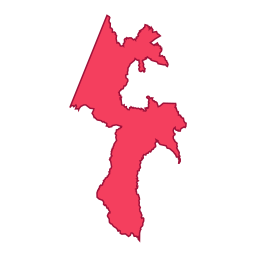 Itaituba, Pará, Brazil (Natural Earth projection)
{"feature_id": "56859067B66387525503702", "entity_name": "Itaituba", "entity_type": "district", "adm_level": 2, "iso_a3": "BRA", "parent_name": "Brazil", "parent_adm1": "Pará", "projection": "natural_earth1", "projection_center": [-56.242, -6.032], "detail": "fine", "context": "isolated", "style": "filled", "palette": "rose", "viewbox_px": 256, "rotation_deg": 0, "n_neighbors": 0, "source": "geoboundaries", "source_scale": "gbopen_adm2", "svg_char_len": 5910}
<svg xmlns="http://www.w3.org/2000/svg" viewBox="0 0 256 256"><path d="M69.9,107.5L71.6,105.5L73.2,105.7L73.8,106.7L75.9,105.0L76.5,106.2L75.5,108.9L78.2,108.7L78.6,109.9L79.0,108.7L80.8,106.4L83.8,104.9L85.8,104.9L90.2,108.3L93.8,108.7L93.6,110.2L92.1,113.3L93.3,115.0L94.2,117.6L94.8,117.5L97.2,119.9L101.2,120.7L102.5,122.0L103.9,121.6L104.3,122.4L106.6,123.3L106.9,123.8L106.4,126.0L107.5,126.0L108.7,127.1L109.5,127.1L111.8,126.6L112.2,125.6L116.3,124.8L121.6,126.4L121.4,127.4L120.5,127.4L119.8,128.6L119.0,128.5L118.0,129.6L116.5,129.9L116.3,131.8L115.3,133.1L115.3,134.0L116.4,135.3L115.8,137.1L116.6,140.4L114.0,144.2L113.9,145.7L113.3,146.2L113.0,148.2L112.3,148.4L112.5,149.1L111.7,150.0L112.0,150.7L111.3,151.5L111.6,152.1L111.1,154.3L111.9,155.8L111.4,155.9L110.7,158.1L109.9,158.2L110.2,159.3L109.6,159.7L110.7,161.3L111.6,166.8L110.9,168.6L109.9,169.1L109.7,171.9L109.0,172.0L109.6,173.2L109.5,173.8L109.0,174.0L108.0,176.2L107.4,176.2L107.3,177.2L105.4,178.1L105.1,179.2L103.5,180.7L104.0,181.3L102.7,183.4L102.5,184.8L101.3,185.4L100.8,185.1L99.6,186.3L99.6,187.5L98.7,188.7L98.8,189.4L97.9,190.1L97.0,192.9L97.1,197.2L99.1,199.0L102.6,200.3L103.7,202.1L103.6,204.5L104.8,205.4L105.2,204.9L105.8,205.1L107.1,208.2L108.1,208.1L108.4,209.4L110.0,212.0L109.8,213.0L108.7,212.9L107.5,215.5L107.6,216.4L109.2,218.8L109.4,222.2L110.5,223.6L111.8,224.0L113.5,226.3L116.3,228.1L117.5,229.6L117.8,230.9L118.4,231.1L119.0,230.4L120.1,230.9L120.3,233.3L121.9,234.1L125.5,233.9L128.6,236.4L130.3,235.2L131.1,233.0L132.2,233.0L133.3,234.0L134.2,236.3L136.2,236.2L137.0,237.1L137.9,236.6L138.2,239.1L139.5,240.6L139.6,232.9L140.2,230.3L140.9,229.3L140.5,228.5L140.8,227.5L142.5,225.8L142.8,224.9L142.8,223.1L143.7,221.0L143.7,218.4L143.0,217.8L141.8,218.3L141.3,217.5L141.9,215.2L140.9,213.0L141.0,212.5L140.0,211.5L139.6,209.0L140.3,207.6L139.0,205.0L139.3,202.7L138.9,200.4L139.5,199.3L139.2,197.2L138.7,196.8L138.8,196.0L138.2,194.5L137.5,194.6L136.7,193.9L136.4,191.4L136.0,191.1L136.3,189.6L135.7,189.1L137.3,188.2L137.7,186.8L137.7,186.3L136.9,186.7L136.6,186.0L137.4,183.7L136.6,182.5L137.0,181.5L138.2,180.8L137.2,180.1L137.4,179.4L136.9,178.9L137.5,178.8L137.5,177.7L136.6,176.0L137.7,173.7L137.5,171.1L139.2,170.6L139.2,169.1L140.4,167.7L139.8,164.5L140.8,162.9L140.1,160.7L141.5,160.5L142.0,158.4L142.5,159.0L143.3,157.9L143.0,156.0L143.8,154.6L145.8,155.0L146.3,153.5L148.2,153.1L148.3,152.5L149.6,151.4L150.6,151.9L152.1,149.4L153.1,149.3L154.2,147.6L155.5,146.8L155.7,146.1L155.1,143.2L156.0,142.0L156.8,141.8L156.1,139.7L158.0,140.8L157.9,141.8L160.1,144.4L166.1,145.8L167.2,148.1L169.6,148.6L173.5,151.9L174.8,153.9L175.4,154.1L176.5,157.0L178.3,156.9L178.6,159.1L179.2,159.4L178.7,163.2L179.1,163.2L180.2,161.3L180.2,159.0L179.3,157.9L179.9,156.2L179.0,155.1L179.2,152.5L176.6,147.9L177.3,146.5L176.7,144.9L177.1,143.3L174.7,141.3L174.6,140.2L173.8,139.8L173.3,138.3L173.2,136.4L174.3,134.9L174.9,134.7L175.0,133.9L173.7,132.8L173.2,130.5L173.9,128.4L175.1,127.4L175.3,129.2L176.2,130.2L178.1,130.3L178.0,130.9L178.9,131.1L180.3,131.0L180.5,129.3L181.6,128.3L184.1,126.9L185.1,127.5L185.8,126.5L186.1,123.2L185.0,122.8L183.9,121.1L183.4,118.2L182.4,118.2L181.2,116.7L180.6,116.7L180.5,115.4L178.6,115.1L178.8,114.4L178.3,113.8L178.3,112.1L178.0,112.3L177.2,111.4L176.2,108.5L175.5,107.7L176.0,107.7L175.3,106.0L175.9,105.2L175.6,103.5L163.3,103.2L160.1,105.9L158.2,106.7L157.0,102.8L155.7,101.7L154.8,101.9L154.1,100.8L153.3,100.9L152.5,99.9L152.2,98.8L152.7,98.0L151.3,97.9L150.3,98.4L148.9,96.5L148.0,96.2L146.8,96.9L146.7,97.6L148.3,98.6L149.1,99.9L148.5,101.6L148.6,102.9L149.1,103.1L148.4,104.3L148.7,106.8L147.7,107.5L147.9,107.8L146.7,107.8L147.0,108.3L145.1,108.3L146.2,110.2L145.7,111.0L143.5,110.8L143.8,109.9L141.2,108.4L140.8,109.5L138.2,108.2L137.0,108.6L135.3,107.9L133.1,108.1L133.1,107.5L131.8,107.6L131.0,106.8L130.4,107.8L129.7,107.7L129.2,109.7L127.7,109.5L126.2,107.6L126.3,106.7L124.8,107.0L124.1,106.1L124.1,104.9L123.4,105.3L121.7,104.8L121.1,99.5L120.3,99.6L120.1,97.9L121.4,97.8L121.5,97.2L120.9,97.2L120.6,95.3L119.5,95.3L119.3,92.9L118.8,92.6L119.8,90.9L120.8,90.4L120.8,89.5L123.2,88.7L124.1,85.9L125.3,85.9L126.4,84.6L126.7,83.1L127.9,81.0L127.7,79.3L126.0,77.8L125.7,75.4L126.2,74.7L127.6,74.4L127.4,71.8L127.9,70.9L128.0,67.9L129.5,65.7L130.1,64.0L134.5,60.3L135.1,58.5L137.2,60.2L138.9,60.2L139.2,62.9L139.6,63.6L138.7,65.4L139.7,67.1L138.8,68.9L139.5,71.0L140.9,71.6L142.7,70.5L143.5,70.9L143.7,71.8L144.3,71.9L144.8,71.1L144.5,70.0L145.1,68.8L144.1,68.0L143.3,66.0L143.7,64.4L142.4,61.0L142.6,60.4L145.2,59.3L145.3,58.7L145.7,58.7L145.5,57.9L146.2,57.7L146.6,58.3L147.3,56.9L150.2,59.0L150.8,58.9L150.9,59.8L152.1,60.5L156.6,61.7L157.6,62.5L158.1,63.7L164.2,64.9L165.6,64.6L166.2,65.7L167.3,66.5L167.5,66.2L168.0,64.4L167.4,62.7L166.9,62.4L166.7,61.0L165.5,60.2L164.4,56.8L163.5,57.0L162.2,55.6L160.4,56.2L159.4,55.9L159.9,54.7L159.7,53.2L161.4,51.1L161.8,49.7L161.4,49.3L161.7,48.3L160.5,48.2L160.8,46.9L160.2,46.1L159.2,46.0L158.3,44.6L157.9,44.9L157.4,43.0L156.0,43.8L156.0,45.0L154.8,44.5L154.1,45.4L150.3,42.7L155.3,38.8L160.3,35.9L158.5,34.2L157.5,34.0L156.5,31.6L152.7,32.3L152.4,30.3L152.9,29.9L151.1,27.1L150.3,28.5L149.9,28.0L149.3,28.9L149.2,26.7L148.3,26.8L147.8,25.5L145.1,24.7L144.6,27.3L143.7,27.7L143.2,28.7L139.8,30.8L140.5,31.4L139.3,32.7L139.1,32.4L138.3,33.7L137.9,34.9L138.5,35.3L138.3,36.3L136.4,37.2L136.2,37.8L136.6,38.4L135.5,39.3L135.5,40.0L134.7,39.1L133.4,39.8L131.3,37.9L128.9,37.9L128.3,38.5L126.8,37.7L126.4,38.8L126.1,38.3L125.1,38.6L124.3,39.9L124.8,41.3L124.5,41.4L124.5,42.8L123.4,43.6L123.5,45.8L123.1,45.3L121.9,46.1L120.4,45.9L119.3,43.3L118.6,43.2L118.3,42.6L117.0,43.0L116.1,38.5L116.6,35.5L115.4,34.5L115.7,33.8L115.3,32.8L114.3,32.0L112.4,32.2L112.4,29.4L111.6,28.3L110.2,27.7L110.3,23.2L109.4,22.9L108.9,20.7L109.8,17.6L109.3,16.8L107.0,15.4L69.9,107.5Z" fill="#f43f5e" stroke="#9f1239" stroke-width="1.5"/></svg>